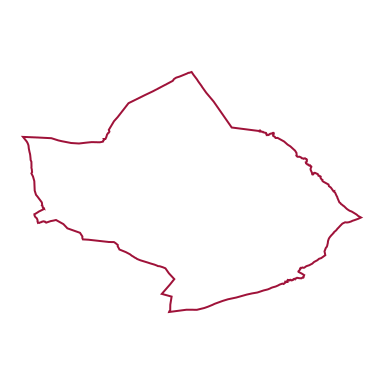 the district of Rollag nor, Buskerud, Norway
{"feature_id": "86288312B57956747563508", "entity_name": "Rollag nor", "entity_type": "district", "adm_level": 2, "iso_a3": "NOR", "parent_name": "Norway", "parent_adm1": "Buskerud", "projection": "natural_earth1", "projection_center": [9.279, 60.016], "detail": "fine", "context": "isolated", "style": "outline", "palette": "rose", "viewbox_px": 384, "rotation_deg": 0, "n_neighbors": 0, "source": "geoboundaries", "source_scale": "gbopen_adm2", "svg_char_len": 5811}
<svg xmlns="http://www.w3.org/2000/svg" viewBox="0 0 384 384"><path d="M348.4,210.0L346.7,208.8L343.9,206.1L343.3,205.8L342.2,204.8L341.1,204.1L340.3,203.0L339.4,202.4L337.4,197.8L337.3,197.1L336.4,195.5L335.1,192.6L334.1,191.7L334.2,191.1L333.5,191.3L330.9,187.6L328.9,186.1L328.5,184.5L323.2,181.6L322.6,181.0L322.4,180.8L322.4,180.4L322.2,180.1L322.3,179.9L322.1,179.8L322.1,179.7L321.4,179.3L321.2,178.7L320.7,178.1L320.5,177.8L320.4,177.6L320.7,176.6L320.4,176.3L318.6,175.8L318.6,175.6L318.7,175.4L317.8,174.6L317.7,174.0L317.5,173.9L317.0,173.8L316.9,173.7L316.2,173.5L316.0,173.3L315.7,173.1L314.8,172.8L314.1,172.9L314.0,173.3L313.4,173.8L313.5,174.0L313.2,174.4L312.6,174.5L312.3,174.4L312.1,173.9L312.0,172.9L311.8,172.3L311.4,171.6L310.6,169.7L310.6,168.7L310.9,167.8L311.4,166.8L311.3,166.5L310.9,166.1L310.2,166.0L310.0,165.8L310.0,165.6L309.7,165.7L308.9,165.4L308.7,164.8L308.3,164.8L308.0,164.5L307.8,164.6L307.6,164.4L307.3,164.4L306.7,163.8L306.1,163.4L306.1,162.9L305.9,162.8L305.8,162.4L306.2,162.3L306.4,162.1L306.6,161.8L306.6,161.6L306.8,161.5L306.7,160.8L307.0,160.0L306.7,159.6L306.7,159.4L306.4,159.0L305.5,158.8L305.0,158.3L304.7,158.4L304.2,158.4L304.0,158.6L303.6,158.8L303.3,158.7L302.8,158.4L301.7,158.2L301.6,157.9L301.3,157.6L299.5,156.7L298.0,156.8L297.4,156.7L297.0,156.4L296.8,156.2L296.8,155.9L296.6,155.8L296.4,155.6L296.7,155.2L296.5,153.5L296.5,153.0L295.1,150.7L290.4,146.4L287.6,144.6L284.1,141.5L277.6,137.9L277.3,137.9L276.2,138.0L275.7,138.0L275.3,137.7L274.8,136.8L273.8,136.3L273.6,136.1L273.1,135.8L273.1,134.6L273.6,134.4L273.7,134.0L273.5,133.8L273.8,133.4L273.8,133.2L273.6,132.9L272.8,132.9L272.2,133.2L271.9,133.5L270.8,133.6L269.9,133.9L269.5,134.2L269.4,134.5L268.4,135.0L268.1,134.8L267.8,134.7L267.5,134.7L267.3,134.9L267.1,134.7L266.7,134.9L266.6,134.4L266.3,134.2L266.1,133.7L266.1,133.1L266.0,132.9L263.9,132.5L263.6,132.2L263.1,132.2L263.0,131.9L262.9,131.8L260.7,131.6L260.9,131.4L260.8,131.1L260.0,130.4L259.1,130.8L259.1,131.0L231.7,127.5L213.6,101.5L206.2,92.7L202.0,86.8L201.9,86.5L198.3,81.5L196.9,79.3L193.4,74.7L191.6,72.0L189.2,72.8L188.4,72.8L187.1,73.5L181.0,76.0L179.2,76.7L176.6,77.5L175.9,77.8L174.1,79.0L173.7,79.4L173.3,80.0L173.2,80.4L172.6,80.9L172.1,81.2L152.9,91.3L144.7,95.2L128.5,103.2L117.6,117.2L116.6,118.3L114.0,121.2L108.8,129.9L109.4,131.4L109.4,131.7L109.1,132.1L108.7,132.8L107.9,133.2L107.5,134.1L107.1,134.4L106.7,135.9L106.4,136.5L106.4,136.9L105.9,138.0L105.4,139.0L103.7,139.0L104.0,139.9L103.2,140.7L103.1,140.9L103.1,141.5L102.8,141.6L102.3,141.8L99.8,142.3L91.7,142.1L85.8,142.7L79.0,143.5L71.1,143.0L61.8,141.2L58.3,140.4L51.4,138.2L37.7,137.5L23.0,136.9L26.7,141.5L27.4,142.7L28.1,144.3L28.5,145.6L28.8,148.5L29.6,152.4L29.9,153.4L30.2,155.0L30.6,159.0L30.6,159.9L31.4,161.8L31.5,166.7L31.4,167.6L31.9,169.9L31.9,170.9L32.1,172.1L31.4,173.4L33.0,176.5L34.3,181.1L34.7,190.6L36.0,194.8L37.5,196.6L41.8,202.4L42.0,203.4L42.1,204.5L42.1,204.9L42.3,205.3L42.2,205.4L42.0,205.5L42.7,206.5L42.7,206.8L42.7,207.0L42.9,207.7L43.1,207.9L43.3,208.1L43.4,208.3L44.0,208.6L43.9,208.3L43.9,208.2L44.2,208.4L44.4,208.7L44.6,208.7L38.6,211.7L37.8,212.3L35.0,214.0L34.4,214.2L34.4,215.0L34.9,216.3L35.5,217.2L36.6,218.1L37.2,219.2L37.3,219.7L37.4,219.8L37.5,220.0L37.6,220.6L37.5,221.4L38.0,222.9L38.7,222.6L39.2,222.9L40.8,222.2L41.6,222.1L42.1,221.6L43.8,221.3L44.4,221.7L44.9,221.6L45.2,221.8L45.3,222.0L46.2,222.3L46.3,222.6L50.7,221.1L53.4,220.6L56.0,220.0L63.4,224.1L67.1,228.0L67.3,228.3L80.0,232.8L82.4,236.5L82.3,238.0L82.9,239.4L88.3,239.7L108.9,242.0L114.0,242.1L115.4,243.0L117.8,245.0L117.7,246.3L119.0,248.6L119.4,249.5L125.8,252.1L130.0,254.3L131.9,255.8L133.5,256.7L134.6,257.5L136.2,258.3L136.8,258.8L137.9,259.3L140.4,260.3L147.9,262.6L150.3,263.4L154.4,264.6L157.0,265.6L157.9,266.1L159.3,266.2L159.9,266.3L162.7,267.2L165.4,268.3L168.9,273.3L174.3,279.1L169.9,284.6L161.8,293.9L171.6,296.6L170.3,304.7L170.2,310.4L169.4,311.2L169.1,312.0L186.7,309.7L196.9,309.8L204.3,308.0L208.0,306.7L212.4,304.9L214.7,303.8L222.7,300.9L227.9,299.3L236.4,297.5L246.7,294.6L252.1,293.4L257.4,292.5L263.4,290.5L267.8,289.4L270.0,288.5L271.4,287.8L272.5,287.4L275.7,286.5L278.2,285.4L279.6,284.6L282.4,283.6L283.2,283.9L283.6,284.0L283.9,283.8L284.3,283.2L285.1,282.8L285.1,282.3L285.5,282.3L285.6,282.1L285.8,282.2L286.1,282.1L286.3,281.9L286.3,282.0L286.5,282.0L286.4,281.9L286.6,281.8L286.5,281.7L286.8,281.7L287.0,281.4L287.4,281.4L287.4,280.9L287.9,280.8L287.7,280.5L287.7,280.4L287.6,280.2L287.8,279.9L288.1,280.0L288.2,280.3L288.7,280.4L289.1,280.3L289.2,280.0L289.8,280.0L290.0,280.1L290.2,279.9L290.3,280.0L290.2,280.2L291.1,280.0L291.5,280.4L291.8,280.4L292.3,280.2L293.0,279.9L292.9,279.7L293.8,279.0L294.2,279.1L294.6,278.9L294.8,279.0L294.8,278.8L295.1,278.6L295.5,278.7L295.8,278.6L295.9,278.4L296.2,278.4L296.5,278.3L297.0,277.8L297.9,277.9L299.0,278.2L301.5,278.3L301.7,278.1L302.4,277.7L303.3,277.7L303.5,277.5L303.4,277.1L303.4,276.7L303.6,276.6L304.0,275.8L303.9,275.6L303.8,275.2L304.0,275.0L301.8,273.6L298.7,272.0L298.4,271.7L298.4,271.4L300.2,269.3L300.0,268.8L300.2,268.3L300.9,267.8L301.2,268.0L301.7,267.9L302.4,267.5L303.7,267.8L304.4,267.6L306.3,266.2L309.6,265.1L310.2,264.7L312.2,263.7L313.7,262.3L314.2,261.9L317.4,260.2L319.0,258.8L321.2,258.1L325.3,255.2L324.8,252.7L324.5,251.4L324.6,251.0L324.8,250.7L325.7,248.2L326.3,247.3L326.8,246.8L327.3,245.4L327.4,244.6L327.7,243.6L327.9,242.2L328.0,241.1L328.9,238.5L330.0,236.9L331.6,235.0L332.5,234.2L333.1,233.3L333.6,233.0L334.0,232.2L336.2,230.3L337.7,228.4L338.0,228.2L340.4,225.6L342.4,223.6L345.1,222.3L347.0,222.5L349.0,222.2L349.5,222.0L351.3,221.4L352.4,220.8L354.3,220.2L358.2,218.8L361.0,217.5L358.1,215.9L356.9,214.8L356.2,214.3L353.6,212.7L351.6,211.5L349.7,210.8L348.4,210.0Z" fill="none" stroke="#9f1239" stroke-width="2"/></svg>